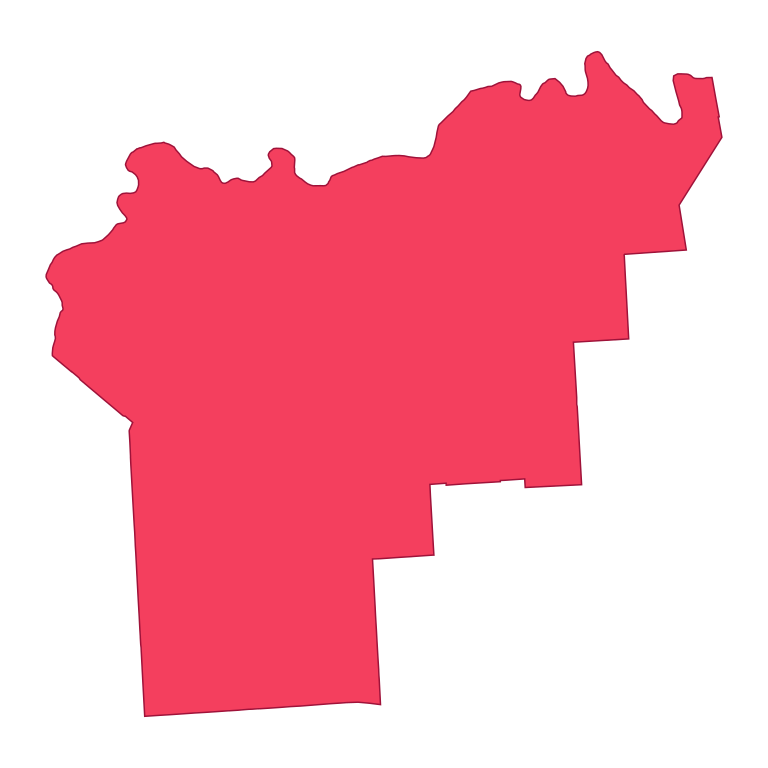 outline of Campbelltown (SA), South Australia, Australia
{"feature_id": "25037944B38277479897228", "entity_name": "Campbelltown (SA)", "entity_type": "district", "adm_level": 2, "iso_a3": "AUS", "parent_name": "Australia", "parent_adm1": "South Australia", "projection": "equal_earth", "projection_center": [138.68, -34.885], "detail": "fine", "context": "isolated", "style": "filled", "palette": "rose", "viewbox_px": 768, "rotation_deg": 0, "n_neighbors": 0, "source": "geoboundaries", "source_scale": "gbopen_adm2", "svg_char_len": 5965}
<svg xmlns="http://www.w3.org/2000/svg" viewBox="0 0 768 768"><path d="M712.0,77.5L706.5,77.6L704.6,78.3L702.7,78.6L696.0,78.5L694.7,78.3L693.2,77.7L690.6,75.4L688.1,74.3L686.6,74.1L681.4,73.9L677.6,73.9L673.7,75.9L673.2,80.6L676.0,91.7L678.7,101.0L679.6,105.0L681.2,108.1L681.5,109.0L681.9,111.0L682.0,112.4L682.0,116.9L681.8,118.0L678.5,120.6L677.1,122.8L675.9,123.5L673.7,124.2L673.1,124.2L669.1,123.8L664.5,122.9L663.3,122.4L661.3,120.9L656.6,115.6L654.9,114.1L651.7,110.5L649.4,108.8L648.7,108.0L643.4,102.4L642.0,99.5L640.2,97.4L638.9,95.8L637.2,94.4L633.9,90.8L629.3,87.7L626.8,85.0L624.5,83.5L623.2,82.5L621.1,80.4L618.7,77.2L616.0,75.3L611.7,69.7L610.1,67.8L608.2,64.3L607.6,63.6L606.5,63.0L604.9,60.8L601.8,54.7L599.6,52.4L597.7,51.7L595.7,52.0L593.8,52.6L590.6,54.2L589.6,55.2L588.1,55.8L587.4,56.3L586.0,58.5L585.0,62.7L584.8,63.7L585.1,65.7L585.2,70.0L585.5,71.8L587.5,78.5L588.0,82.0L588.1,85.5L587.6,88.3L586.3,91.6L585.0,93.5L584.0,94.3L582.3,95.2L577.8,95.5L575.9,96.1L575.0,96.2L570.9,96.0L568.2,95.3L567.1,94.5L565.9,93.0L565.7,91.7L563.0,86.3L559.6,82.3L555.0,78.6L550.0,79.1L548.8,79.4L547.6,80.3L545.1,82.7L543.3,83.5L542.6,84.0L540.7,86.6L537.8,92.4L536.0,94.5L535.4,95.0L533.4,98.1L531.7,99.7L531.2,100.0L529.6,100.4L528.2,100.4L526.1,100.0L524.1,99.5L520.7,97.2L520.5,96.8L519.9,95.6L519.8,94.3L520.8,88.8L520.9,86.3L520.3,85.0L519.6,84.4L517.4,83.9L515.5,82.9L512.7,81.8L511.2,81.4L504.0,81.7L501.9,82.1L498.8,82.9L491.7,86.3L488.0,86.5L485.5,87.4L482.6,88.2L480.4,88.5L474.3,90.4L470.7,91.2L466.5,97.1L464.2,99.8L461.8,101.8L458.2,105.9L455.3,108.6L453.0,111.6L447.8,116.1L447.2,116.7L441.1,122.8L439.2,124.5L438.4,126.0L437.0,132.2L436.2,137.4L433.9,146.6L432.1,150.6L431.8,151.1L430.7,153.5L430.6,153.8L429.8,154.9L428.7,155.8L427.7,156.3L426.5,157.3L425.9,157.6L423.4,158.1L417.1,157.8L415.8,157.7L408.7,156.8L404.3,155.9L399.2,155.5L394.4,155.6L385.9,156.4L382.3,156.3L378.3,157.8L374.2,159.1L371.9,160.2L370.1,160.5L368.7,161.2L367.9,161.6L367.0,162.3L359.1,164.9L358.3,164.8L353.3,167.1L352.3,167.3L343.9,171.4L337.3,173.6L334.9,174.8L334.2,175.1L332.9,175.5L331.7,176.2L331.0,177.1L329.9,180.1L328.5,182.2L328.2,183.4L325.8,185.5L323.5,185.8L320.7,185.7L313.2,185.8L310.8,185.2L307.6,183.8L305.1,182.0L304.5,181.5L301.5,179.0L299.7,178.1L296.6,175.7L295.5,174.3L294.6,172.6L294.6,168.7L294.3,167.3L294.8,160.0L294.7,158.4L294.5,157.5L293.4,156.2L291.2,154.3L289.4,152.4L287.7,151.0L285.4,150.0L282.0,148.5L276.5,148.3L273.6,148.6L269.7,151.8L268.4,154.2L268.3,155.4L269.3,158.3L271.2,160.9L271.6,161.8L272.0,166.0L271.2,167.4L264.8,173.1L262.5,175.6L259.2,177.5L255.5,181.0L253.3,181.9L249.4,181.8L242.4,180.4L240.9,179.9L239.9,179.2L239.2,178.9L238.2,178.3L236.6,178.3L233.6,178.9L231.9,179.5L231.1,179.8L228.0,182.0L225.5,183.2L225.0,183.3L224.5,183.3L222.8,183.1L221.6,182.4L220.3,180.5L218.4,176.5L217.3,174.8L213.7,171.8L213.2,171.0L212.0,170.2L208.1,168.2L207.5,168.1L204.1,168.1L202.2,168.7L200.2,168.7L199.8,168.6L199.3,168.5L197.3,167.7L194.1,166.5L186.8,161.4L181.5,156.8L179.3,153.7L176.0,150.0L174.2,147.1L171.1,145.3L168.7,144.1L164.7,142.9L163.9,142.3L161.2,143.0L156.8,143.3L155.2,143.3L154.1,143.5L146.0,145.8L141.1,147.7L139.6,147.9L137.3,148.9L137.0,148.8L133.1,152.0L132.2,152.3L131.2,153.1L130.3,154.2L126.6,161.1L125.7,163.6L125.5,164.8L126.5,167.6L128.2,170.3L129.6,171.2L132.0,171.9L132.6,172.3L135.5,174.6L137.2,176.9L138.5,180.3L138.6,184.8L138.1,186.9L137.3,189.1L136.9,190.0L136.6,190.6L135.7,191.9L133.5,192.9L130.2,193.4L126.5,193.1L122.9,193.5L121.5,194.1L119.4,195.7L118.6,196.7L117.7,199.2L117.0,202.6L117.7,205.5L119.8,209.2L122.4,212.9L125.1,215.7L126.7,218.0L126.9,219.3L125.4,221.8L123.5,222.8L119.6,223.5L117.9,223.8L116.4,224.6L113.6,228.2L112.8,229.7L108.5,234.7L102.8,239.8L102.0,240.3L98.3,241.7L94.5,242.8L90.0,243.0L87.9,243.1L81.7,243.8L75.9,246.3L72.9,247.3L69.7,249.0L66.9,249.8L62.9,251.3L58.1,254.4L57.1,254.9L56.8,255.1L54.7,257.4L53.4,259.5L52.2,262.2L50.4,264.7L48.2,270.0L46.3,274.4L46.1,276.4L46.3,277.7L47.0,279.1L49.5,283.0L51.3,284.2L52.2,285.2L52.7,286.3L53.0,288.6L54.0,290.1L56.3,291.9L57.6,293.3L58.9,295.3L61.7,301.0L62.2,302.6L62.2,305.3L63.0,308.4L62.9,309.6L62.5,310.4L61.3,311.3L60.3,312.6L59.3,316.7L57.4,321.0L57.3,321.3L55.5,327.6L54.9,331.1L54.8,334.8L55.3,336.5L55.4,338.6L54.7,341.3L53.5,345.1L52.8,347.8L52.3,353.5L52.4,355.7L54.3,357.4L62.9,364.6L71.4,371.7L71.5,371.5L79.0,377.8L80.2,379.7L89.9,387.9L96.8,393.7L103.8,399.6L106.3,401.7L114.9,408.9L122.8,415.6L124.2,416.1L125.3,416.2L132.7,422.5L129.3,430.2L129.2,431.1L129.9,442.8L130.5,455.9L130.5,457.5L130.8,464.2L131.2,471.3L132.2,489.5L132.8,500.3L134.2,524.7L134.7,532.3L135.2,542.8L135.3,545.6L135.8,553.4L136.4,564.8L136.9,574.6L138.2,599.1L138.4,602.6L139.2,616.3L139.5,622.4L139.9,630.0L140.3,636.4L140.3,637.2L140.7,644.3L141.1,647.7L141.2,650.3L142.1,667.4L142.1,667.8L143.1,686.8L144.7,716.3L159.7,715.3L168.1,714.8L169.8,714.7L184.5,713.7L194.3,713.0L204.8,712.4L216.8,711.6L228.1,710.8L228.9,710.8L238.3,710.2L241.5,709.9L248.5,709.3L251.9,709.2L257.4,708.8L260.7,708.7L272.9,707.9L280.2,707.4L290.4,706.6L301.2,706.0L330.3,703.7L341.2,703.0L346.4,702.6L358.0,702.2L369.3,703.2L380.5,704.6L380.3,700.6L379.2,679.2L378.9,675.2L378.7,670.6L378.7,669.7L377.9,657.1L377.1,643.2L376.3,628.5L375.9,621.9L375.5,614.7L375.1,606.5L374.7,599.2L373.7,580.3L372.5,559.0L380.2,558.7L391.7,557.9L401.8,557.2L411.7,556.6L412.6,556.5L432.9,555.1L433.9,555.1L432.8,536.9L431.4,512.4L430.8,502.1L430.6,498.7L430.5,497.0L429.9,484.4L446.1,483.2L446.2,485.2L458.5,484.3L465.4,483.8L475.2,483.2L485.2,482.6L500.3,481.7L500.3,480.5L504.5,480.3L524.7,478.9L525.2,487.5L581.6,484.7L579.0,438.4L578.9,436.2L577.2,406.6L576.7,404.4L576.7,397.5L573.4,342.2L578.5,341.9L628.7,338.9L625.9,286.6L625.4,277.7L624.3,256.3L624.1,255.0L624.5,254.3L684.9,250.1L686.3,250.0L679.1,205.1L692.4,184.0L721.9,137.3L718.2,117.0L719.2,116.8L716.0,99.7L712.7,81.3L712.0,77.5Z" fill="#f43f5e" stroke="#9f1239" stroke-width="1.5"/></svg>